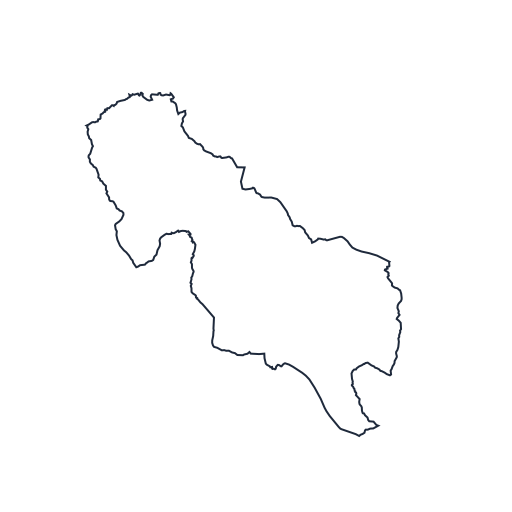 the district of Chimbo, Bolivar, Ecuador, rotated 231°
{"feature_id": "8360857B60997464812695", "entity_name": "Chimbo", "entity_type": "district", "adm_level": 2, "iso_a3": "ECU", "parent_name": "Ecuador", "parent_adm1": "Bolivar", "projection": "albers", "projection_center": [-79.114, -1.677], "detail": "fine", "context": "isolated", "style": "outline", "palette": "slate", "viewbox_px": 512, "rotation_deg": 231, "n_neighbors": 0, "source": "geoboundaries", "source_scale": "gbopen_adm2", "svg_char_len": 6094}
<svg xmlns="http://www.w3.org/2000/svg" viewBox="0 0 512 512"><g transform="rotate(231 256 256)"><path d="M47.2,244.2L49.0,243.2L53.3,243.1L56.3,240.0L58.0,240.0L60.3,241.0L63.6,240.5L65.6,240.9L66.5,240.1L67.0,240.1L69.1,241.0L71.7,242.9L73.0,243.3L75.5,243.2L76.4,243.6L77.7,244.4L79.6,246.5L85.0,246.1L85.7,247.2L86.8,247.8L87.8,247.5L88.4,248.0L89.0,247.8L91.0,248.9L91.6,248.7L93.2,249.2L95.0,249.0L95.5,249.4L95.6,250.7L96.9,251.4L97.5,252.2L100.1,253.3L104.6,256.3L105.8,258.8L106.0,260.8L104.9,262.3L105.4,263.6L105.3,266.6L104.5,269.5L104.3,271.8L103.9,272.2L103.9,273.7L102.8,275.7L98.3,276.9L95.9,278.2L94.2,278.3L92.5,279.5L90.2,280.4L88.4,280.4L87.5,281.2L84.4,282.6L81.9,283.3L79.0,285.0L78.9,286.4L82.2,288.5L82.7,290.1L84.4,292.9L84.9,294.8L85.7,296.3L87.1,297.6L88.7,301.6L89.5,302.4L92.0,303.5L93.2,304.5L94.0,306.8L95.7,309.3L99.5,313.1L102.4,314.8L103.0,316.4L104.4,317.4L106.1,320.3L107.3,320.9L107.9,322.7L113.0,326.4L115.9,326.3L118.5,325.7L119.1,326.7L119.9,330.5L122.0,330.7L123.2,332.2L126.6,333.2L128.4,335.0L129.3,337.0L129.8,340.5L130.8,342.0L131.9,342.9L135.5,345.2L138.7,346.4L139.4,346.0L141.8,345.6L144.2,343.9L147.0,343.1L147.7,343.2L148.9,344.4L149.6,344.6L155.6,344.6L156.8,344.9L157.1,345.3L157.1,346.8L158.7,347.4L159.2,348.3L160.6,348.3L163.8,347.1L164.3,347.7L163.4,350.3L164.5,350.6L165.1,351.1L164.2,352.6L164.3,353.4L167.4,355.5L167.5,356.1L180.2,350.3L187.0,345.7L193.0,340.9L197.7,338.0L201.9,336.2L205.9,336.1L209.8,336.4L214.6,335.6L216.8,334.8L218.1,333.3L223.5,321.0L224.2,320.5L225.4,320.3L226.1,319.0L228.9,316.9L230.4,315.3L230.0,314.5L230.2,311.1L231.0,307.9L234.2,309.3L236.6,308.5L239.3,309.2L243.4,309.1L245.6,310.1L248.2,309.9L251.7,309.0L252.5,307.8L253.7,306.8L254.2,305.5L254.9,304.6L256.8,303.8L260.2,305.4L263.3,305.8L264.9,306.5L267.7,306.7L269.0,307.4L271.4,308.0L282.5,308.8L287.0,308.2L291.8,304.7L295.8,299.6L298.1,297.7L298.8,297.5L301.2,297.8L303.5,296.9L304.4,296.1L305.0,296.0L308.7,297.1L309.8,297.3L310.8,296.8L311.1,296.4L310.8,295.9L312.1,293.3L314.3,289.7L316.8,287.8L323.3,291.1L332.0,302.9L336.8,297.2L346.9,298.8L347.7,298.2L349.7,297.9L350.4,297.2L351.2,295.1L353.5,291.3L354.1,290.9L355.8,291.0L356.5,290.0L357.3,288.1L358.6,287.5L359.2,286.7L360.9,285.9L362.3,286.2L364.3,285.6L368.7,283.0L370.7,282.2L372.0,282.2L373.1,282.9L374.4,283.2L378.2,282.9L378.7,281.9L380.3,280.8L382.4,280.2L384.0,280.4L387.4,279.8L390.1,278.1L392.0,278.7L397.9,278.8L402.0,280.1L404.0,279.8L405.7,281.9L406.5,284.0L408.5,285.1L409.1,285.9L410.1,290.0L410.8,290.7L413.1,291.8L413.4,292.2L413.9,291.4L414.1,289.5L415.3,287.1L415.2,285.0L418.8,286.3L421.3,287.9L424.3,289.3L425.5,289.4L428.5,288.5L429.3,287.5L431.4,288.4L430.6,290.5L431.1,292.0L435.4,292.2L436.2,292.0L435.2,290.8L435.3,290.1L438.1,287.7L439.2,284.9L440.0,284.0L441.3,283.4L442.9,284.1L443.2,283.9L443.8,282.6L443.1,281.1L447.1,276.9L447.0,275.6L446.1,274.4L442.8,273.6L444.0,270.9L445.9,269.7L450.6,268.5L452.5,268.8L453.2,270.0L454.9,269.8L455.3,269.2L454.3,267.6L454.0,266.4L454.6,266.1L456.4,266.5L456.6,266.3L458.0,262.8L459.4,261.9L459.0,260.7L459.1,259.9L461.0,259.1L459.2,258.3L458.9,257.8L459.4,256.7L459.3,254.6L459.7,253.7L459.8,252.3L461.9,248.2L463.1,245.0L462.2,243.6L462.0,241.8L462.5,240.6L462.1,239.9L463.3,239.5L463.8,238.9L463.3,234.8L464.4,233.5L463.5,232.1L464.5,231.6L464.8,230.9L464.4,230.2L463.4,230.1L463.0,229.6L463.6,228.1L463.3,226.5L463.7,224.3L460.8,221.7L460.7,220.9L461.5,219.3L460.5,218.3L460.2,217.6L460.9,216.6L461.2,215.0L462.5,213.8L463.1,212.7L463.4,208.8L464.0,206.4L463.0,206.8L461.9,205.6L460.1,205.5L458.5,203.3L456.3,201.8L454.2,201.4L452.5,200.5L449.9,200.9L446.0,198.8L444.0,198.4L443.4,196.9L439.8,191.5L439.5,189.5L439.0,188.7L437.9,187.9L435.6,187.7L433.8,186.2L431.9,185.9L429.3,186.4L427.6,186.0L425.5,187.0L424.1,186.9L418.2,184.8L416.3,182.9L414.2,183.3L412.7,182.5L410.8,183.4L408.3,182.9L404.9,183.5L402.0,181.1L399.6,180.9L398.8,179.2L394.0,178.7L392.6,177.6L391.1,177.2L390.4,177.4L388.8,179.0L387.9,179.4L383.6,178.8L380.6,177.7L378.9,178.6L377.2,178.6L375.1,179.9L372.9,180.0L371.4,178.9L369.3,174.7L368.9,171.5L369.2,167.1L368.6,165.8L365.1,163.8L362.8,163.4L360.1,160.7L355.8,158.5L349.5,156.8L343.5,156.9L340.5,157.5L336.2,157.6L332.2,157.0L330.3,157.3L328.0,156.3L322.6,155.9L322.0,157.6L321.8,160.1L319.2,164.2L319.6,166.5L319.4,167.0L319.4,169.1L317.8,171.9L317.6,173.6L319.5,176.6L319.7,179.5L322.5,183.1L324.2,187.3L325.9,189.2L328.8,190.8L329.9,192.5L330.2,194.1L330.0,198.3L329.6,200.5L328.3,201.5L326.5,204.0L327.2,205.1L326.1,205.7L325.4,206.6L324.9,209.1L324.8,211.3L324.6,211.6L323.2,211.3L322.7,213.3L321.7,214.9L319.5,217.2L318.5,217.2L317.8,218.9L314.3,219.0L313.9,218.6L314.8,217.3L313.6,217.3L312.4,216.8L310.9,217.5L310.2,217.4L309.7,217.0L308.4,216.7L308.0,215.5L307.5,215.7L306.4,215.4L306.3,216.3L305.6,216.5L302.8,216.0L299.9,212.9L298.4,210.9L297.2,208.0L295.8,208.1L295.3,207.7L294.5,205.4L295.0,205.0L294.9,204.5L292.9,202.9L292.1,201.4L290.0,201.1L287.1,198.8L286.1,198.4L283.6,198.0L283.0,197.6L282.2,196.1L280.4,193.7L279.9,192.1L278.6,191.3L276.9,189.0L276.7,188.5L276.4,188.2L274.8,188.4L273.8,186.5L271.6,185.6L268.7,183.3L266.9,183.3L263.7,184.3L263.0,184.3L261.8,183.4L260.5,183.8L260.2,183.2L258.9,183.6L254.9,183.6L252.3,184.1L234.6,184.6L226.3,177.2L224.6,176.2L224.3,175.6L220.8,172.4L218.0,168.9L216.1,167.3L213.6,166.3L211.8,166.2L209.1,168.1L204.2,170.1L202.8,172.1L201.1,173.2L199.5,175.3L196.1,176.7L193.8,178.5L190.8,179.2L187.1,183.4L186.9,184.8L185.4,187.9L185.5,190.5L183.4,190.5L177.8,196.7L174.9,201.0L171.2,198.3L166.2,195.9L164.7,196.0L161.6,197.3L160.5,197.1L159.7,198.6L158.4,197.7L157.9,197.7L157.3,198.8L156.0,199.4L156.0,200.4L157.3,202.0L157.7,204.4L156.9,205.2L154.5,206.0L154.2,206.4L154.7,208.8L154.6,210.5L154.3,211.1L150.9,213.3L146.7,215.0L136.2,218.4L131.7,219.4L126.5,219.8L116.8,218.7L104.2,216.4L94.9,213.8L91.1,213.1L85.2,212.6L70.9,212.7L68.7,212.9L67.5,213.5L54.8,221.4L51.2,222.9L51.3,224.7L50.6,226.9L50.4,229.1L51.8,230.9L52.0,232.0L50.7,233.6L50.0,236.1L48.2,238.6L47.2,244.2Z" fill="none" stroke="#1e293b" stroke-width="2"/></g></svg>